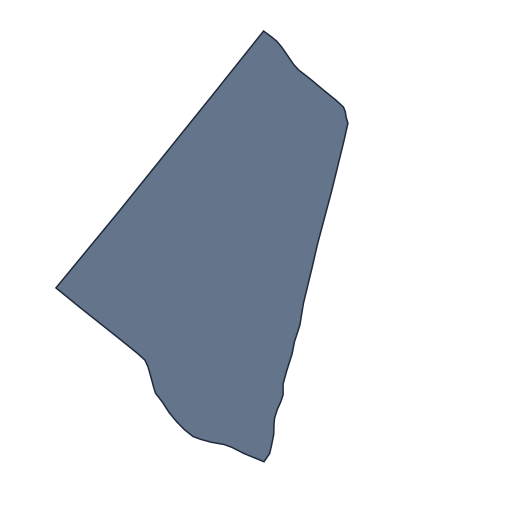 Haut-Komo, Wouleu-Ntem, Gabon, rotated 309°
{"feature_id": "22940354B77871710228177", "entity_name": "Haut-Komo", "entity_type": "district", "adm_level": 2, "iso_a3": "GAB", "parent_name": "Gabon", "parent_adm1": "Wouleu-Ntem", "projection": "equal_earth", "projection_center": [10.636, 0.825], "detail": "fine", "context": "isolated", "style": "filled", "palette": "slate", "viewbox_px": 512, "rotation_deg": 309, "n_neighbors": 0, "source": "geoboundaries", "source_scale": "gbopen_adm2", "svg_char_len": 829}
<svg xmlns="http://www.w3.org/2000/svg" viewBox="0 0 512 512"><g transform="rotate(309 256 256)"><path d="M417.0,243.9L420.6,238.7L424.4,234.5L426.8,230.2L427.4,220.1L427.4,203.5L427.7,187.0L427.4,172.3L428.5,164.8L431.6,154.5L434.6,144.2L436.0,136.7L436.0,129.9L435.6,120.3L360.5,120.9L199.6,121.4L105.3,120.6L105.2,151.2L105.7,200.8L105.7,225.7L105.2,235.2L101.7,242.2L94.2,252.7L89.5,259.2L86.2,264.1L83.5,275.3L79.6,287.1L77.3,298.5L76.0,309.4L76.1,320.6L78.7,328.4L83.0,338.2L89.5,350.0L92.1,357.6L95.0,371.3L99.2,385.2L101.1,391.7L111.2,390.9L118.7,387.2L128.6,382.0L137.2,375.4L142.0,372.3L150.0,369.2L158.6,366.9L165.2,364.4L173.6,357.6L185.9,352.2L202.8,345.6L213.7,339.8L229.9,333.6L249.0,322.7L283.1,306.5L304.2,296.2L353.7,274.1L400.4,252.1L417.0,243.9Z" fill="#64748b" stroke="#1e293b" stroke-width="1.5"/></g></svg>